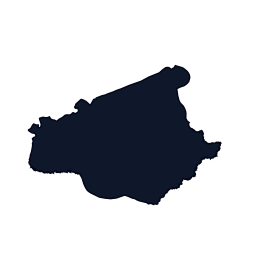 Lao Suea Kok, Ubon Ratchathani, Thailand, rotated 289°
{"feature_id": "78962969B14407217279101", "entity_name": "Lao Suea Kok", "entity_type": "district", "adm_level": 2, "iso_a3": "THA", "parent_name": "Thailand", "parent_adm1": "Ubon Ratchathani", "projection": "mercator", "projection_center": [104.892, 15.444], "detail": "fine", "context": "isolated", "style": "filled", "palette": "ink", "viewbox_px": 256, "rotation_deg": 289, "n_neighbors": 0, "source": "geoboundaries", "source_scale": "gbopen_adm2", "svg_char_len": 5728}
<svg xmlns="http://www.w3.org/2000/svg" viewBox="0 0 256 256"><g transform="rotate(289 128 128)"><path d="M146.0,88.3L145.1,88.4L144.2,86.8L143.6,86.3L137.8,85.2L137.1,84.8L138.9,80.8L139.4,79.3L139.8,77.1L139.8,74.7L139.6,74.3L133.6,71.0L132.1,71.2L130.7,70.8L130.0,71.1L129.7,71.8L129.7,72.7L130.4,73.9L130.3,74.3L128.5,75.5L127.5,75.7L126.5,75.4L124.8,74.0L124.3,73.2L124.6,71.4L124.3,70.8L122.4,69.9L121.4,69.1L120.4,65.8L119.5,64.4L116.5,62.6L114.0,60.2L111.2,58.5L111.1,57.4L111.5,55.7L111.1,54.5L111.3,52.3L111.5,51.6L112.9,50.1L111.6,48.6L110.8,46.6L110.4,44.1L108.5,41.4L108.1,41.3L107.6,41.6L103.5,44.7L102.1,45.1L100.2,45.1L99.3,44.0L99.1,43.0L99.5,42.7L101.1,42.5L101.6,42.1L100.8,39.8L101.1,37.6L100.1,37.1L96.0,36.3L95.0,35.7L94.0,34.6L93.5,34.7L93.0,35.5L92.3,38.3L92.3,39.5L92.7,42.0L90.4,43.8L89.7,43.7L88.3,42.0L86.8,41.2L84.7,42.7L83.1,42.9L82.6,42.7L80.7,43.5L78.7,43.9L73.7,44.6L70.6,44.6L68.0,45.1L66.7,45.0L66.0,45.1L65.6,45.7L63.5,45.5L62.0,46.4L62.0,47.1L60.8,47.9L60.3,48.9L59.5,49.0L59.7,49.6L59.2,49.4L59.6,50.5L59.3,50.5L59.2,51.0L58.8,51.1L58.9,51.5L59.4,51.3L59.5,51.7L58.1,52.1L58.1,52.4L58.5,53.0L58.0,52.8L57.8,52.9L58.2,53.3L57.6,53.5L57.6,54.3L58.1,54.4L58.2,55.4L58.6,55.7L58.2,56.4L58.7,57.7L58.1,58.1L58.5,60.0L59.0,60.5L59.4,60.6L59.4,61.1L59.9,61.4L59.4,61.3L59.2,62.0L58.5,62.1L58.4,62.4L58.4,62.6L58.9,62.7L58.4,63.5L58.6,64.1L59.0,64.4L59.1,64.9L59.5,65.0L59.5,66.0L59.8,65.8L60.1,66.7L60.6,66.8L60.0,67.9L60.1,68.6L59.9,69.2L60.2,69.8L61.0,69.9L61.0,70.4L61.4,70.6L61.1,72.2L61.8,72.0L62.0,71.4L62.1,72.0L63.7,73.1L64.1,74.2L63.3,74.5L62.9,74.4L62.8,74.8L63.5,75.7L63.6,76.1L63.2,76.2L63.3,76.5L64.0,76.9L64.1,77.2L63.8,78.1L64.2,78.2L64.1,78.6L65.1,78.7L64.9,79.9L65.1,80.1L65.2,80.6L65.8,80.8L66.1,82.3L65.9,82.8L66.4,83.9L66.2,84.9L66.7,85.0L66.7,84.6L68.0,84.9L67.7,86.2L68.2,86.1L68.2,86.5L68.9,86.8L68.4,86.9L68.6,87.4L67.6,87.5L67.4,87.7L67.4,88.2L67.9,88.0L68.6,89.0L68.4,89.8L68.7,91.5L68.6,92.4L68.1,93.1L68.8,93.7L68.6,94.0L68.9,94.4L68.4,94.8L68.2,95.6L68.4,95.8L68.9,95.4L69.2,95.6L69.0,96.1L69.1,97.0L65.8,100.9L60.8,104.5L58.0,107.2L56.0,109.6L55.3,111.2L54.6,113.7L53.4,123.3L54.2,128.7L55.6,134.6L58.2,139.9L63.5,146.7L63.6,149.4L63.2,154.9L63.5,157.4L63.0,160.1L62.9,162.3L63.6,169.9L63.0,172.0L63.5,172.5L63.6,173.3L64.0,173.6L64.6,174.8L64.1,175.4L64.0,176.9L64.1,177.2L64.8,177.5L65.1,178.8L65.5,179.2L65.3,180.1L66.2,180.8L68.3,180.3L68.7,181.2L69.2,181.6L70.4,181.6L70.6,181.2L71.7,181.1L73.7,182.6L74.0,183.6L74.2,183.8L74.9,183.9L75.4,184.3L75.8,184.1L76.6,184.3L77.6,184.1L78.4,184.8L79.1,184.8L79.5,185.7L80.3,185.9L80.6,185.5L81.6,185.5L81.5,186.0L81.9,186.4L82.3,186.2L82.7,186.7L84.5,187.7L84.6,188.4L85.1,188.8L84.9,189.2L85.0,189.9L85.6,190.2L85.9,190.0L86.2,190.3L85.8,191.5L86.0,191.8L86.7,191.8L87.0,192.2L86.8,192.4L87.0,192.9L86.8,193.7L87.8,194.0L88.1,194.6L88.7,194.9L88.6,195.3L88.9,195.6L89.4,195.2L89.4,194.9L90.0,194.8L90.7,195.3L91.3,194.6L91.5,195.3L92.1,195.9L92.4,197.0L93.0,197.0L94.2,195.7L94.6,195.6L95.1,195.7L95.4,196.4L95.9,196.6L96.6,196.4L98.2,196.4L98.4,196.7L98.0,197.7L98.1,198.8L98.7,199.7L98.3,200.5L98.4,201.1L99.1,201.1L99.8,202.1L99.1,202.4L99.7,203.0L100.1,202.7L100.2,203.3L101.0,203.8L101.3,203.8L101.6,203.5L101.9,203.9L102.5,203.7L103.1,204.4L103.6,204.4L103.9,204.8L103.4,205.4L104.0,205.7L104.1,206.6L104.9,206.0L105.1,206.8L105.9,206.9L107.2,206.1L107.3,205.3L107.7,204.8L108.9,205.0L109.6,205.5L110.2,204.9L110.6,205.3L110.4,205.8L110.6,206.1L110.9,205.6L111.4,205.7L111.7,205.3L112.3,206.1L113.0,205.9L113.1,205.3L114.0,204.8L115.1,205.9L115.6,205.8L115.9,205.3L117.1,205.8L117.1,206.9L118.8,208.0L119.6,208.2L120.3,208.0L120.3,207.3L121.0,207.2L122.2,208.3L123.5,207.8L123.7,208.1L123.6,208.8L123.3,209.3L123.7,210.1L124.9,210.0L125.4,210.3L125.9,211.0L125.8,211.3L125.3,211.0L125.1,211.3L125.4,212.0L125.3,212.7L125.6,213.2L126.1,213.3L126.3,215.4L125.8,216.0L126.6,216.1L126.9,217.2L127.4,217.6L127.6,218.2L128.2,218.1L128.5,218.7L129.2,218.9L129.6,219.9L130.5,219.7L130.2,220.5L130.5,221.0L130.9,220.4L133.2,220.2L133.1,219.6L133.4,219.5L134.6,219.5L135.1,220.2L135.9,220.1L136.0,220.6L136.9,221.4L139.0,221.4L139.1,221.1L138.9,220.7L139.6,219.9L141.3,220.8L142.3,220.7L143.1,220.1L143.7,220.7L144.2,220.3L144.3,219.9L143.6,219.9L143.4,219.4L143.7,219.4L143.8,218.9L143.5,218.7L143.7,218.4L143.5,218.0L143.7,217.9L143.4,217.6L143.5,217.2L143.1,216.8L143.3,216.4L142.9,215.9L142.4,215.9L141.6,214.3L141.3,212.5L141.0,212.6L141.0,212.2L140.2,211.6L139.9,210.9L140.0,210.5L139.5,210.2L139.6,209.5L139.1,209.0L139.3,208.3L139.0,208.3L139.1,207.8L139.5,207.6L139.4,207.1L140.0,206.7L139.8,206.2L140.3,205.4L140.4,204.8L140.1,204.6L140.3,204.2L141.1,203.8L141.2,203.1L141.8,203.3L141.9,203.0L143.1,202.3L144.0,202.2L144.2,201.5L144.8,200.9L145.6,201.2L148.2,200.7L146.7,200.5L147.2,199.9L148.8,199.6L149.4,198.7L149.5,198.2L149.2,197.9L147.4,197.0L147.8,196.7L147.5,196.6L147.1,195.9L147.2,195.6L146.9,195.5L146.7,194.9L146.7,194.0L146.3,193.1L146.8,192.7L146.9,191.9L147.4,191.5L147.1,190.4L147.7,190.2L147.8,189.3L148.1,188.9L148.0,186.8L148.4,186.6L149.1,185.4L150.8,184.2L151.7,184.0L152.3,183.6L153.0,184.0L153.7,181.8L155.9,179.4L156.7,179.2L156.8,178.7L157.3,179.0L160.4,178.0L162.3,177.1L164.7,175.2L166.7,173.0L168.6,169.2L170.6,167.1L174.9,164.3L181.1,161.2L184.0,164.2L186.2,167.1L188.6,168.9L191.5,170.2L195.3,170.0L196.3,169.7L196.7,169.3L197.4,169.1L198.4,168.4L200.0,166.6L200.9,165.1L202.4,161.1L202.6,159.2L202.3,152.5L200.2,152.1L197.8,150.2L197.6,149.4L198.4,147.0L197.8,145.0L197.1,143.9L194.4,142.0L190.4,139.8L182.9,131.2L176.4,125.2L168.3,115.0L162.8,108.9L159.5,104.7L157.6,102.8L153.3,97.4L151.9,96.0L149.7,92.6L146.0,88.3Z" fill="#0f172a" stroke="#020617" stroke-width="1.5"/></g></svg>